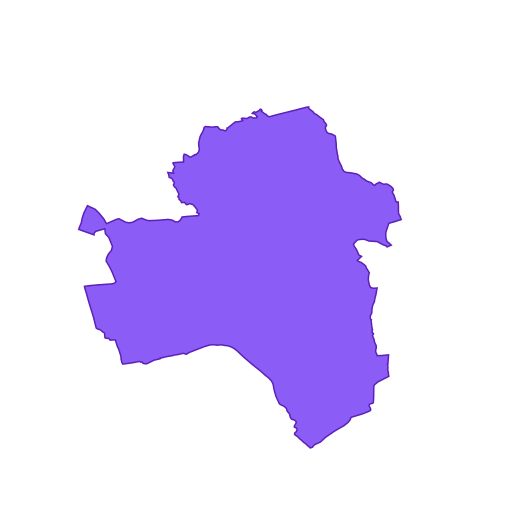 Baile Govora, Vâlcea, Romania, rotated 207°
{"feature_id": "2599482B27172768373600", "entity_name": "Baile Govora", "entity_type": "district", "adm_level": 2, "iso_a3": "ROU", "parent_name": "Romania", "parent_adm1": "Vâlcea", "projection": "robinson", "projection_center": [24.185, 45.08], "detail": "fine", "context": "isolated", "style": "filled", "palette": "violet", "viewbox_px": 512, "rotation_deg": 207, "n_neighbors": 0, "source": "geoboundaries", "source_scale": "gbopen_adm2", "svg_char_len": 6110}
<svg xmlns="http://www.w3.org/2000/svg" viewBox="0 0 512 512"><g transform="rotate(207 256 256)"><path d="M276.7,412.8L278.3,411.7L284.0,406.7L287.0,404.0L302.8,390.3L307.1,386.3L307.7,386.1L309.0,386.0L309.8,386.1L311.1,386.8L312.0,386.7L313.0,386.7L315.9,387.3L316.9,387.3L317.1,387.4L316.7,388.2L317.7,389.0L318.7,388.8L319.0,388.4L319.3,387.0L321.3,384.0L321.8,383.8L323.0,383.7L323.7,382.6L324.1,381.4L323.3,381.4L322.5,381.8L321.4,382.0L320.3,381.5L319.5,381.3L319.0,380.9L318.1,380.7L318.3,379.4L319.1,378.7L320.2,378.3L321.1,377.7L323.4,377.7L323.9,377.6L324.7,376.9L325.4,376.2L326.2,374.6L326.9,374.2L329.4,373.3L330.8,372.5L331.3,372.0L331.3,371.6L329.6,371.1L329.3,370.8L329.3,370.5L332.5,367.8L335.4,366.0L339.5,356.9L339.8,356.8L339.6,356.5L339.5,355.4L339.7,354.3L339.9,353.6L340.2,353.5L342.6,353.3L344.5,352.4L344.9,352.4L346.0,352.5L348.6,353.7L349.1,353.6L349.8,353.4L354.1,350.6L356.6,349.8L360.0,348.3L360.6,346.7L360.0,344.9L359.9,341.9L360.1,338.9L360.0,336.9L358.4,330.6L356.8,327.8L355.1,325.8L355.1,325.2L354.9,324.7L354.3,323.4L354.5,322.3L354.9,320.4L355.5,319.2L355.8,319.2L356.2,318.6L356.8,318.3L356.9,317.7L357.6,316.6L359.4,314.1L362.4,314.5L364.6,314.5L365.4,314.4L366.2,314.0L365.8,311.7L363.2,306.8L367.0,304.7L372.0,301.6L372.2,301.2L372.0,300.8L370.1,299.7L369.6,299.3L369.0,298.6L368.7,297.5L368.9,295.3L368.8,294.3L368.2,293.4L367.1,292.4L372.5,290.4L370.7,288.8L369.0,286.6L366.3,286.9L365.0,286.3L363.9,285.2L362.2,284.6L361.9,283.6L361.9,281.8L360.1,280.6L357.7,280.0L356.5,278.9L352.8,276.2L352.5,273.2L351.6,273.2L350.8,272.7L350.2,271.4L348.3,271.1L346.6,269.8L343.7,271.4L342.4,270.5L341.1,270.2L339.9,271.2L338.8,272.7L337.5,272.8L335.6,273.2L333.4,272.4L330.0,270.8L328.9,270.0L328.5,267.8L325.8,267.8L325.7,265.8L335.0,260.2L339.6,257.2L339.6,254.2L340.8,251.2L343.1,249.9L347.2,249.9L350.9,248.7L360.3,242.9L367.6,238.8L369.9,238.2L374.9,237.8L377.6,235.4L381.3,230.0L384.4,227.8L387.7,226.9L395.1,227.0L397.0,225.3L403.9,216.9L408.5,220.0L415.4,223.0L420.5,224.6L429.0,224.3L428.9,216.0L428.1,211.1L426.7,206.1L426.4,201.3L426.0,199.2L409.9,201.3L410.6,202.8L410.0,205.2L403.1,211.6L400.2,207.4L395.7,205.8L388.3,199.4L387.4,195.2L388.4,191.0L388.3,186.8L387.3,183.5L381.8,180.0L377.3,176.7L369.1,169.6L369.8,167.4L372.1,165.5L383.6,158.6L390.9,154.0L395.1,151.1L393.3,148.9L391.7,147.4L384.1,139.1L373.6,128.3L371.1,125.5L365.8,119.4L365.3,119.1L364.2,119.1L363.0,119.1L361.7,119.5L360.9,119.5L358.4,118.8L356.3,118.7L355.5,117.8L353.4,114.5L351.5,114.9L349.7,115.7L347.8,114.8L343.3,117.4L338.7,112.7L336.0,110.6L330.9,105.4L329.2,102.6L327.2,100.3L325.7,99.2L324.0,100.3L316.6,105.5L313.8,107.8L311.6,109.3L310.6,109.1L309.2,109.8L308.1,109.1L307.2,109.2L305.2,109.9L304.3,110.5L299.2,117.3L298.3,117.9L294.8,120.9L294.7,121.1L295.0,121.6L294.0,122.2L290.7,125.2L284.4,129.9L284.0,130.6L281.1,132.5L277.0,136.0L275.8,136.5L274.4,136.6L273.3,137.0L272.5,138.5L271.2,140.3L261.2,151.5L256.7,155.8L253.5,157.7L249.4,159.2L248.9,159.7L247.9,160.4L245.5,161.5L243.5,162.0L240.1,163.3L236.8,163.7L234.2,163.7L230.5,163.1L220.9,160.3L209.8,157.6L200.3,155.7L193.1,153.8L190.2,153.3L187.4,152.4L185.5,151.7L183.0,149.9L182.1,148.9L179.2,145.1L174.6,140.1L168.2,135.0L166.9,134.7L164.4,134.8L162.9,134.8L161.3,134.5L160.2,134.1L159.5,133.8L157.8,131.9L154.4,130.5L152.4,128.0L151.1,127.1L150.6,126.9L149.9,126.8L148.1,127.2L146.7,127.2L145.9,127.0L145.0,126.5L144.5,125.6L144.6,122.0L144.5,121.5L144.3,121.2L144.0,120.9L143.5,120.9L141.6,121.0L141.0,120.6L140.4,119.6L140.6,118.9L140.4,118.3L140.3,117.7L141.1,116.3L140.8,114.8L140.5,114.4L136.8,113.9L133.9,112.9L131.3,112.4L130.5,112.0L128.4,111.5L126.6,111.3L123.0,110.2L121.7,110.0L120.6,109.6L119.9,110.2L118.9,111.3L118.7,112.0L118.4,113.9L118.1,114.5L114.1,119.6L111.7,126.1L106.8,135.1L104.0,139.6L100.5,144.9L98.4,149.6L97.8,152.4L97.8,153.5L98.0,154.9L97.8,155.7L97.0,156.4L89.1,164.0L84.3,169.6L83.9,170.5L84.1,171.1L84.7,172.1L87.3,173.9L87.6,174.6L87.5,175.3L87.2,175.9L86.6,176.5L85.5,177.4L85.0,178.0L85.0,178.8L85.5,180.1L87.2,183.9L91.3,192.2L91.8,193.4L92.0,194.3L91.8,195.5L91.0,197.2L90.6,198.6L83.0,209.1L84.3,210.8L85.3,212.5L86.8,214.1L87.8,216.6L89.7,219.2L89.3,219.3L93.0,228.1L98.8,224.4L102.8,222.2L103.8,223.3L105.9,224.9L106.3,226.0L107.0,227.5L107.0,228.6L108.2,230.7L111.2,233.0L112.7,235.0L116.0,237.9L116.0,240.1L116.4,240.4L117.1,240.2L118.4,241.1L118.3,241.9L118.6,242.5L118.7,243.2L119.0,243.2L120.4,245.3L121.5,246.7L122.7,248.8L123.7,249.9L124.0,250.6L124.1,251.5L125.6,252.0L126.9,254.4L127.0,254.9L126.9,256.5L127.1,258.1L128.5,261.2L129.4,264.2L129.7,265.9L129.8,269.2L130.7,271.8L131.8,276.8L133.0,280.3L133.5,282.5L136.8,280.5L139.6,280.0L141.7,281.5L145.2,285.8L147.0,290.3L147.4,292.5L152.3,295.5L153.9,297.0L156.8,297.6L159.4,298.0L162.3,297.7L163.7,297.9L161.8,303.6L164.6,303.5L169.3,307.3L172.9,309.3L174.6,310.9L173.2,315.6L172.8,316.5L170.6,318.1L167.5,319.9L165.5,320.3L162.2,320.6L154.2,324.0L152.9,323.8L147.8,323.7L145.0,324.1L143.3,323.6L140.4,327.1L143.2,327.9L145.6,328.4L146.1,328.7L147.9,330.5L149.0,332.0L150.3,334.3L151.1,336.3L152.5,345.4L146.5,351.0L145.9,351.8L143.4,354.0L143.2,354.6L144.1,355.2L145.5,356.7L147.4,357.9L148.6,359.1L151.8,365.2L153.8,368.7L155.6,367.7L160.3,372.5L163.7,374.9L163.5,376.6L163.6,377.3L164.1,377.9L165.0,378.5L166.9,379.2L169.1,379.5L171.8,379.6L172.8,379.2L174.7,378.0L175.3,377.8L179.7,377.7L180.1,376.8L181.6,375.0L182.2,373.2L182.6,372.7L183.7,372.8L186.7,373.6L191.1,373.1L192.7,373.2L194.3,373.7L195.3,373.5L196.5,373.6L200.2,374.7L202.3,374.9L204.0,374.7L209.4,373.1L211.3,372.4L212.9,371.7L214.9,371.3L216.3,371.4L217.2,372.1L218.5,372.6L220.3,374.6L225.3,378.3L227.2,380.1L228.5,382.3L230.6,384.8L233.8,389.3L235.5,392.4L239.3,398.2L239.8,398.8L240.3,399.0L243.8,399.0L244.6,398.9L247.0,398.2L248.2,398.2L248.8,398.4L250.7,399.7L252.0,401.1L252.4,401.8L252.6,402.3L252.4,404.3L253.1,405.2L254.8,406.1L256.2,406.6L257.5,407.8L258.0,408.1L261.6,408.6L266.2,409.5L269.0,409.5L269.4,409.6L269.7,410.0L270.9,410.5L275.6,411.3L276.2,411.8L276.7,412.8Z" fill="#8b5cf6" stroke="#5b21b6" stroke-width="1.5"/></g></svg>